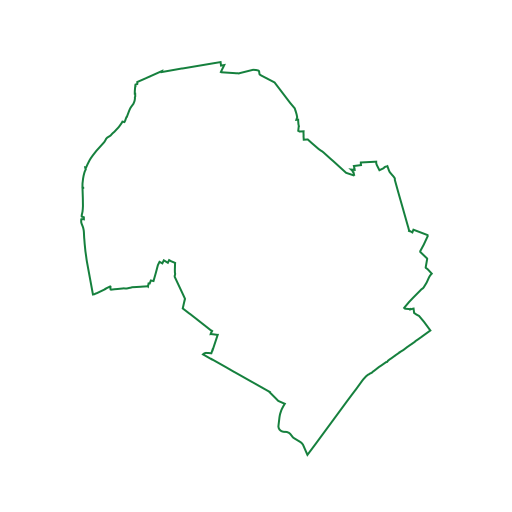 Bernheze, Noord-Brabant, Netherlands, rotated 284°
{"feature_id": "6326949B36275678342581", "entity_name": "Bernheze", "entity_type": "district", "adm_level": 2, "iso_a3": "NLD", "parent_name": "Netherlands", "parent_adm1": "Noord-Brabant", "projection": "albers", "projection_center": [5.507, 51.684], "detail": "fine", "context": "isolated", "style": "outline", "palette": "green", "viewbox_px": 512, "rotation_deg": 284, "n_neighbors": 0, "source": "geoboundaries", "source_scale": "gbopen_adm2", "svg_char_len": 5727}
<svg xmlns="http://www.w3.org/2000/svg" viewBox="0 0 512 512"><g transform="rotate(284 256 256)"><path d="M145.2,238.0L140.9,253.6L138.2,262.9L138.2,263.1L136.8,268.2L133.4,280.5L127.4,302.3L127.1,302.2L123.2,308.7L123.1,308.9L120.8,312.6L120.5,314.2L120.2,316.0L119.9,317.6L119.6,319.7L116.7,318.8L115.8,318.6L114.2,318.2L112.6,317.9L111.2,317.8L110.1,317.7L108.2,317.6L106.3,317.7L105.1,317.8L97.2,318.8L96.5,318.9L95.9,319.0L95.3,319.3L94.9,319.5L94.2,319.9L93.6,320.5L93.2,320.9L93.0,321.3L92.7,321.8L92.4,322.5L92.2,323.2L92.1,324.1L92.1,324.8L92.1,325.3L92.2,325.9L92.5,327.2L92.7,328.5L92.6,329.3L92.5,330.0L92.4,330.7L92.1,331.3L91.8,332.0L91.4,332.6L89.5,335.0L89.2,335.4L88.7,336.2L88.3,337.4L86.3,343.8L85.9,344.9L85.7,345.2L85.2,346.1L84.2,347.3L75.5,354.0L88.3,359.4L137.0,379.4L144.4,382.5L151.4,385.5L160.6,389.2L162.2,389.9L165.9,391.9L167.9,393.4L168.5,394.2L169.4,394.9L170.0,395.7L171.0,396.8L172.1,397.4L173.2,398.4L178.1,402.2L179.9,403.9L184.5,407.9L184.5,408.1L184.7,408.5L184.9,408.8L185.1,408.9L185.7,409.2L186.2,409.3L188.0,410.7L189.5,412.1L193.7,415.6L193.9,415.8L195.5,417.2L197.2,418.7L197.3,418.6L200.5,421.8L204.3,424.8L211.1,430.8L212.0,431.3L214.3,433.4L215.0,434.0L225.9,443.2L232.7,435.0L237.3,428.7L238.0,425.8L239.0,423.2L241.8,422.1L243.1,421.6L242.4,420.2L241.4,418.5L241.8,418.3L241.6,418.0L241.6,417.7L241.0,413.8L241.0,413.1L241.2,412.8L241.5,412.3L243.0,413.0L248.5,415.7L253.6,418.6L262.0,423.6L263.6,424.5L265.1,425.8L266.1,426.3L270.8,427.8L272.0,428.1L277.4,429.1L278.6,429.5L279.1,429.6L280.3,430.2L281.4,430.8L282.0,429.9L284.6,425.9L284.9,425.3L285.4,424.1L285.5,423.8L285.6,423.6L285.9,423.4L294.6,422.8L294.9,422.7L295.0,422.6L297.8,417.7L299.5,414.7L299.7,414.4L300.0,414.3L300.3,414.2L300.5,414.2L307.5,416.0L316.8,417.8L317.8,417.4L319.6,402.4L316.7,402.0L317.4,399.5L317.2,399.1L317.3,398.4L317.7,398.4L321.0,396.6L321.8,396.1L336.1,387.9L336.3,387.8L347.6,381.3L353.0,378.2L362.9,372.6L363.2,372.4L364.5,372.0L364.9,371.9L365.1,371.7L365.9,370.8L366.9,369.5L367.4,368.7L369.2,366.2L369.9,365.3L370.2,365.1L371.0,364.4L374.9,361.8L374.8,361.7L374.2,360.5L373.8,359.8L373.6,359.6L373.3,359.3L373.1,359.1L372.4,358.8L371.9,358.4L371.4,357.8L369.1,355.0L373.4,351.3L374.4,350.6L375.0,350.3L375.8,350.0L376.6,349.8L372.1,335.1L371.2,335.3L369.6,335.9L367.0,329.2L364.5,330.5L364.4,330.3L363.4,330.8L362.9,327.4L362.4,328.3L362.2,328.8L361.6,329.2L360.6,330.2L360.7,330.4L358.5,331.5L358.4,331.2L357.9,331.1L358.5,323.3L366.8,307.9L368.1,305.3L372.3,297.4L372.7,296.7L373.6,294.7L373.9,293.6L374.8,291.3L375.1,290.6L379.0,282.9L381.6,278.0L380.4,274.2L383.9,273.1L384.6,273.0L386.9,272.3L388.5,272.0L387.9,270.1L387.3,268.1L387.6,267.2L387.7,266.7L392.2,266.1L392.3,266.2L394.1,265.3L396.5,264.5L398.5,263.9L397.9,262.2L400.6,262.4L403.3,261.1L406.4,259.3L406.4,259.2L408.6,257.9L412.8,252.1L428.9,232.0L432.4,217.4L433.0,215.7L433.3,215.4L435.2,214.6L435.8,214.4L436.1,214.2L436.4,213.7L436.5,213.4L436.5,211.4L436.1,208.7L435.8,207.8L429.3,195.6L429.1,195.4L428.9,194.9L428.9,194.2L428.5,192.6L428.3,191.2L426.1,179.1L425.9,177.9L426.0,177.4L430.4,178.3L430.6,178.4L433.6,179.0L432.3,176.0L435.6,174.7L420.1,139.2L420.1,138.9L411.7,120.1L412.8,120.1L400.1,103.9L396.1,98.7L394.4,99.2L394.1,99.2L393.2,97.6L392.6,97.6L391.4,97.8L391.3,98.0L390.4,97.9L386.8,98.5L385.4,98.8L384.2,99.1L384.3,99.5L381.7,100.2L380.6,100.1L379.7,100.4L378.1,100.6L376.6,100.6L374.4,100.3L373.9,100.2L370.8,98.9L369.4,98.4L368.1,98.1L366.3,97.8L359.6,97.0L359.4,96.7L357.9,96.5L355.6,96.3L354.1,95.9L354.1,93.9L353.2,93.7L351.8,93.2L349.0,92.1L347.8,91.6L346.5,90.9L345.3,90.2L342.2,88.5L340.7,87.4L339.9,86.9L337.8,85.8L337.1,85.2L336.7,84.8L336.1,84.2L335.4,83.5L335.0,83.1L334.5,82.8L334.0,82.5L333.4,82.2L332.8,82.1L331.3,81.7L330.4,81.4L329.8,81.2L323.4,77.8L319.5,75.7L316.8,74.5L314.1,73.3L311.3,72.2L309.8,71.7L308.4,71.3L307.1,71.0L304.0,70.3L301.1,69.8L301.0,69.6L300.8,69.6L300.7,68.8L299.9,69.2L300.0,70.2L299.9,70.0L299.7,69.9L298.1,69.7L296.6,69.4L295.0,69.3L293.5,69.3L292.1,69.3L289.1,69.5L286.1,69.9L284.5,70.1L282.3,70.6L280.6,71.0L280.5,71.5L280.5,71.8L280.2,71.9L280.0,71.6L279.7,71.3L270.2,74.0L264.5,75.5L262.6,76.0L260.0,76.5L257.4,76.9L255.6,77.0L253.9,77.0L253.0,77.1L252.4,77.2L252.1,77.4L252.0,77.8L252.1,78.3L251.9,79.4L251.9,79.6L250.0,80.1L250.0,79.9L249.6,78.2L249.5,77.8L249.4,77.6L249.2,77.6L248.8,77.7L248.1,77.8L247.3,78.0L246.6,78.2L246.0,78.5L245.3,78.9L244.7,79.3L242.9,80.6L241.7,81.4L240.3,82.1L239.0,82.7L237.6,83.2L232.0,84.9L230.6,85.4L226.4,86.8L225.0,87.3L219.4,89.3L215.0,91.1L211.7,92.4L209.6,93.3L179.2,107.1L179.8,108.4L181.0,109.8L181.2,110.3L187.5,117.9L187.8,117.8L191.2,121.9L191.1,122.2L188.8,122.7L188.7,122.8L188.3,123.1L188.3,123.4L188.3,123.6L189.6,127.0L189.8,127.6L190.4,129.4L192.2,134.4L192.6,135.4L192.8,136.7L193.0,137.8L193.4,138.9L194.4,140.8L195.0,142.2L195.2,142.5L195.7,143.3L195.9,143.9L196.4,145.6L198.4,152.0L198.5,152.2L200.3,157.9L200.5,158.0L200.2,158.6L203.4,158.4L203.6,159.5L206.8,159.9L206.9,162.6L212.5,162.8L216.0,162.9L223.4,163.0L227.0,163.8L226.2,166.9L229.5,167.6L228.1,172.1L231.0,172.7L230.6,174.1L230.4,174.7L229.9,178.1L229.7,179.2L229.0,179.3L226.2,179.9L223.0,180.6L220.4,181.3L219.3,181.8L219.0,181.9L218.6,181.9L217.9,182.0L217.1,181.9L216.7,182.0L216.1,182.2L215.6,182.6L200.5,194.9L197.5,197.3L197.2,197.5L196.8,197.5L196.9,197.4L187.4,197.6L184.2,204.9L183.6,206.5L173.1,229.9L172.7,231.0L172.8,231.1L172.6,231.6L172.0,231.4L170.2,230.9L169.3,230.9L169.4,231.1L169.4,231.4L169.8,234.5L170.1,237.5L170.2,237.9L154.4,236.7L154.5,236.5L150.8,236.2L150.4,233.5L149.8,230.7L149.5,230.1L149.4,230.0L148.5,228.9L147.7,228.4L145.0,238.0L145.2,238.0Z" fill="none" stroke="#15803d" stroke-width="2"/></g></svg>